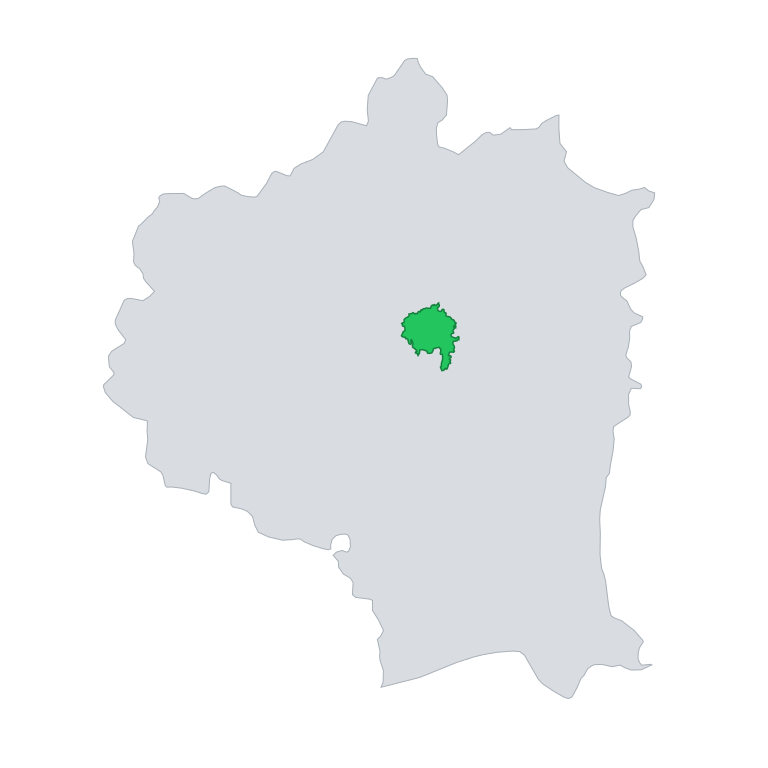 Asipovichy, Mogilev, Belarus shown in context, rotated 267°
{"feature_id": "67162791B915008440335", "entity_name": "Asipovichy", "entity_type": "district", "adm_level": 2, "iso_a3": "BLR", "parent_name": "Belarus", "parent_adm1": "Mogilev", "projection": "mercator", "projection_center": [28.671, 53.35], "detail": "fine", "context": "in_parent", "style": "filled", "palette": "green", "viewbox_px": 768, "rotation_deg": 267, "n_neighbors": 0, "source": "geoboundaries", "source_scale": "gbopen_adm2", "svg_char_len": 8197}
<svg xmlns="http://www.w3.org/2000/svg" viewBox="0 0 768 768"><g transform="rotate(267 384 384)"><path d="M643.4,572.8L630.5,572.0L615.1,572.3L606.4,578.4L597.0,575.4L590.3,578.8L575.0,595.5L569.0,604.4L563.3,618.1L559.9,628.2L561.8,635.3L564.6,641.9L565.2,649.0L566.6,654.5L562.9,658.5L560.7,664.3L554.2,663.3L546.3,657.7L544.7,649.7L538.6,644.1L534.6,641.2L528.0,640.7L517.5,643.3L503.7,645.3L493.3,645.9L487.7,648.7L479.3,651.5L476.1,648.2L471.4,639.1L467.6,629.9L465.0,625.9L462.7,624.8L459.9,625.0L456.7,627.9L454.3,630.9L445.6,634.4L441.8,637.6L437.5,646.0L434.8,645.4L431.9,643.5L428.6,634.1L424.0,631.9L416.7,631.8L407.7,629.8L400.4,627.0L397.7,627.6L393.3,631.7L388.6,632.2L378.3,628.7L376.3,630.3L370.3,640.6L367.5,641.2L365.9,639.8L366.8,630.8L360.8,627.7L350.7,627.2L343.6,628.5L340.1,628.1L338.3,626.3L329.6,611.2L325.0,610.2L316.8,611.0L304.6,609.1L290.6,605.7L282.9,604.4L278.9,601.0L270.2,599.9L247.0,593.4L237.6,592.3L223.6,592.2L202.3,590.8L188.7,591.6L182.4,593.7L175.1,595.0L149.9,596.8L140.9,598.5L138.3,601.7L135.3,608.7L124.9,620.8L114.8,628.8L113.0,629.5L107.1,625.2L102.2,623.8L96.4,623.3L92.3,624.7L89.7,626.7L90.1,636.0L89.5,636.8L85.1,625.8L85.4,615.8L87.9,610.0L90.9,604.9L89.7,597.2L92.6,586.9L92.7,579.5L91.4,576.2L89.0,572.5L82.4,568.4L79.5,565.2L70.6,560.9L61.8,555.5L60.3,552.2L60.7,549.9L62.3,546.5L69.0,536.4L76.3,526.7L81.0,522.7L105.8,510.1L109.6,505.7L110.6,498.2L110.2,483.1L108.6,469.3L106.8,459.7L102.0,441.7L89.1,404.3L81.3,365.2L86.4,367.5L98.2,368.4L107.7,365.7L112.5,365.3L116.9,366.1L129.3,364.0L132.4,367.5L137.9,370.6L148.8,366.1L158.5,360.6L168.5,361.2L169.9,358.4L172.4,344.5L175.3,341.4L187.3,342.8L191.8,340.3L196.4,333.4L203.5,329.1L209.4,329.1L215.5,324.3L218.5,327.5L220.0,333.3L218.0,337.9L218.9,339.8L223.1,342.0L230.4,342.0L235.1,340.1L236.2,337.4L236.1,332.6L235.0,328.1L231.9,324.3L226.1,322.3L222.1,322.2L221.4,319.7L222.7,314.5L226.3,304.8L230.7,295.9L233.4,292.6L233.9,289.5L233.4,284.2L233.3,274.6L237.2,261.0L242.5,250.8L249.7,247.6L258.4,245.8L264.0,240.9L266.8,235.3L269.1,226.5L271.9,224.8L292.9,225.9L296.1,217.1L297.9,214.6L302.0,212.0L304.8,208.9L303.7,206.5L298.4,204.9L285.7,203.5L283.2,200.6L284.0,197.1L287.4,188.0L290.6,176.2L292.2,167.0L292.4,161.6L294.2,160.2L304.5,158.4L307.9,156.6L316.8,144.1L323.6,142.0L341.0,145.2L349.0,144.9L359.2,145.8L360.0,144.5L363.6,132.1L380.9,112.2L390.1,105.2L395.9,103.7L397.9,104.0L407.2,114.6L409.4,115.0L415.5,110.6L426.2,110.2L431.1,113.9L438.2,126.8L441.8,128.4L452.2,121.2L457.9,118.8L461.7,118.9L481.2,128.9L482.7,132.1L482.8,135.8L479.8,147.5L483.8,154.7L488.5,159.6L498.6,151.5L502.3,149.3L506.3,149.2L511.7,146.2L515.6,141.7L519.4,140.2L526.6,141.2L539.5,140.2L554.7,147.2L556.0,149.4L563.5,157.7L566.2,161.8L568.6,163.1L572.7,167.1L578.1,169.6L581.8,168.8L583.6,170.2L585.3,173.3L585.4,178.7L584.8,194.0L579.4,202.0L578.7,204.8L579.0,208.2L583.3,214.8L588.8,225.0L590.1,230.9L590.1,235.3L582.5,248.3L580.0,251.4L578.3,257.7L577.4,264.2L577.9,266.9L590.5,277.2L599.8,282.7L601.9,285.4L602.1,287.1L597.1,298.1L596.7,301.1L604.1,305.6L608.2,312.8L611.9,324.4L619.0,335.5L645.3,351.8L647.7,354.7L648.5,358.1L647.6,365.7L642.8,380.1L647.3,382.2L658.9,381.6L673.1,383.4L690.0,393.6L690.1,398.1L688.3,402.2L689.5,406.6L691.4,410.3L706.0,421.6L707.4,424.8L707.7,430.3L707.3,434.3L703.2,435.1L698.7,437.0L691.3,441.8L688.4,448.6L676.5,457.9L669.1,462.1L663.2,462.3L649.3,460.4L644.4,455.8L642.3,451.6L636.9,449.7L629.8,449.5L619.9,450.2L617.9,451.5L616.3,456.7L612.1,465.5L609.1,470.5L621.6,487.9L627.9,495.1L629.9,499.5L629.8,502.6L626.8,506.2L627.3,513.6L633.4,523.3L631.3,524.8L630.7,536.7L630.8,549.4L632.4,552.4L635.7,554.9L638.5,559.5L643.1,570.0L643.4,572.8Z" fill="#d9dde1" stroke="#a8b0b8" stroke-width="1"/><path d="M436.4,458.3L436.8,457.8L437.1,457.3L437.3,457.0L437.3,456.6L437.6,456.5L438.1,456.8L438.1,457.5L438.0,458.1L437.9,458.7L438.2,458.7L438.8,458.4L439.3,458.2L439.8,458.0L440.1,458.0L440.4,458.0L440.6,458.3L440.5,458.7L440.5,459.1L440.8,459.2L441.2,459.1L441.5,458.8L441.7,458.6L442.0,458.2L442.3,457.9L442.6,457.7L443.2,457.6L443.8,457.3L444.2,457.0L444.6,456.6L444.7,455.8L444.9,455.4L445.3,454.9L445.7,454.7L446.2,454.4L446.7,454.2L447.1,453.8L447.5,453.4L447.6,452.9L447.9,452.2L448.1,451.6L448.1,450.9L448.3,450.3L448.7,449.7L449.2,449.4L449.7,449.4L450.2,449.5L450.7,449.7L451.2,449.7L451.6,449.6L451.9,449.0L452.1,448.6L452.3,448.3L452.6,448.0L453.2,447.8L453.9,447.8L454.5,447.8L455.1,447.7L455.3,447.5L455.4,447.2L455.6,446.7L455.5,446.4L455.2,445.9L454.8,445.6L454.3,445.5L453.8,445.0L453.7,444.7L453.5,444.1L453.6,443.5L453.7,443.1L454.0,442.5L454.3,442.0L454.8,441.7L455.4,441.5L456.2,441.4L456.9,441.4L457.4,441.6L457.8,442.1L458.3,442.8L458.5,443.1L458.8,443.2L459.7,443.3L460.2,443.3L460.6,443.0L461.4,442.8L462.1,442.8L461.9,442.4L461.6,442.1L461.2,441.7L460.6,441.3L460.1,440.6L459.8,440.0L459.8,439.3L460.2,439.1L460.5,438.8L460.7,438.4L460.2,437.8L459.8,437.5L460.0,437.2L460.3,436.9L460.3,436.4L459.9,435.9L459.5,435.4L458.9,435.1L458.3,434.8L457.7,434.6L457.2,434.2L457.1,433.6L457.2,433.0L457.3,432.4L457.4,431.5L457.6,431.0L457.7,430.5L457.6,430.0L457.4,429.5L457.1,428.9L457.1,428.4L457.2,428.0L457.1,427.4L456.7,426.8L456.5,426.4L456.0,426.1L455.9,425.6L456.2,425.1L455.7,424.6L455.3,424.5L454.6,424.4L454.1,424.1L454.2,423.6L454.6,423.2L454.7,422.8L454.5,422.3L454.2,421.9L453.7,421.7L453.2,421.5L452.4,421.0L452.6,420.4L452.8,420.1L452.9,419.6L452.4,419.0L452.5,418.4L452.7,417.9L453.2,417.4L453.6,417.1L453.8,416.6L453.5,416.2L453.2,415.8L452.9,415.1L452.8,414.7L452.8,414.1L452.5,412.5L451.7,412.7L450.9,412.7L450.3,412.1L449.8,411.4L449.2,410.3L449.0,409.7L448.3,408.5L447.4,407.6L447.1,407.4L446.1,407.4L445.4,407.4L444.8,407.4L444.3,407.0L444.1,406.3L444.0,405.4L443.5,404.8L442.6,405.5L441.8,405.5L441.2,405.5L440.7,406.0L440.7,407.2L439.4,407.7L438.1,407.9L436.1,407.6L435.7,406.8L435.3,406.1L434.7,405.6L433.7,405.2L432.9,404.9L432.3,404.5L431.6,404.0L430.9,404.1L430.4,404.6L429.9,405.7L429.7,406.8L429.4,407.8L428.8,407.8L428.1,408.0L428.0,408.9L427.7,409.9L427.0,410.2L426.2,410.3L425.0,410.5L424.8,410.5L423.3,411.0L422.7,411.4L422.3,412.2L422.3,412.8L423.3,413.4L424.6,413.3L425.7,413.1L426.3,413.1L426.7,413.8L425.7,414.2L425.0,414.4L423.7,414.8L423.2,415.0L422.6,415.0L422.0,415.0L421.2,414.4L420.2,414.4L418.9,414.8L418.3,415.8L417.3,416.9L416.6,417.4L416.1,418.2L415.3,418.5L414.7,418.5L414.5,417.9L414.5,417.5L413.9,417.0L413.2,417.2L412.9,418.2L412.5,419.0L411.6,419.1L410.7,419.5L412.0,420.4L413.0,421.0L414.8,421.4L415.5,421.4L416.2,421.8L416.3,422.6L416.3,423.7L416.3,424.5L415.8,425.5L415.3,426.8L415.1,427.8L414.2,428.8L413.5,428.8L412.5,429.1L412.3,430.1L412.2,431.4L412.3,432.2L412.7,433.3L412.8,433.6L413.9,434.2L415.0,434.8L415.9,434.8L416.5,435.2L416.9,435.7L416.8,436.9L417.3,437.6L417.6,439.5L417.6,441.2L416.4,441.8L415.7,442.5L413.3,442.3L411.9,441.8L410.7,442.0L410.8,443.0L410.6,443.8L409.3,443.9L407.8,443.9L406.4,443.9L405.0,443.6L403.8,443.2L403.0,442.9L401.3,442.3L399.8,442.3L398.6,442.1L398.2,441.3L397.4,441.4L396.3,441.8L395.1,442.2L394.3,442.5L394.4,443.6L394.8,444.6L395.3,445.4L396.1,445.6L396.3,446.4L395.6,447.1L396.0,448.0L397.4,448.4L398.8,449.1L399.4,449.1L400.5,449.5L400.9,450.1L400.9,450.7L401.3,451.6L402.0,451.6L402.9,450.8L403.4,451.4L404.5,451.8L404.8,451.4L405.4,450.6L406.2,450.8L406.6,451.5L406.9,452.3L408.1,452.4L408.8,451.7L408.8,450.9L408.9,449.9L409.5,449.9L410.5,450.4L411.5,450.7L412.3,451.5L412.4,452.9L412.4,453.4L412.3,454.2L412.0,455.1L412.8,456.0L413.4,455.9L414.7,455.3L415.2,455.3L415.6,455.9L416.9,456.3L418.2,456.1L418.9,455.7L419.8,455.1L421.5,455.0L422.6,455.2L423.1,456.5L423.1,458.0L423.5,459.4L424.0,459.9L424.6,460.7L424.5,461.1L425.3,461.1L426.3,461.3L426.9,461.3L427.4,460.9L427.2,460.2L426.9,459.7L426.1,458.9L425.7,458.4L425.7,458.0L426.2,457.7L426.4,457.1L426.6,456.5L426.8,456.0L427.0,455.3L427.5,454.5L427.9,454.0L428.6,453.5L429.3,453.5L429.9,453.6L430.3,453.9L430.7,454.2L430.9,454.6L430.9,455.2L430.9,455.7L431.1,456.1L431.5,456.3L432.1,456.1L432.5,456.0L432.9,455.8L433.2,455.6L433.6,455.6L434.0,455.8L434.6,456.1L434.9,456.5L435.4,456.9L435.9,457.5L436.3,457.9L436.4,458.3Z" fill="#22c55e" stroke="#15803d" stroke-width="1.5"/></g></svg>